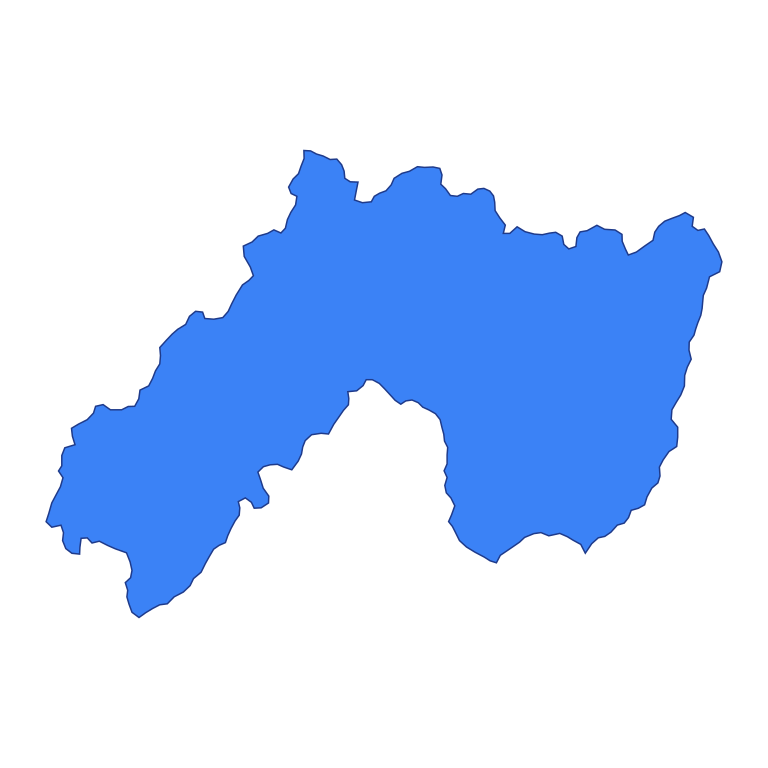 the district of São João Nepomuceno, Minas Gerais, Brazil
{"feature_id": "56859067B98759493930874", "entity_name": "São João Nepomuceno", "entity_type": "district", "adm_level": 2, "iso_a3": "BRA", "parent_name": "Brazil", "parent_adm1": "Minas Gerais", "projection": "albers", "projection_center": [-43.014, -21.587], "detail": "fine", "context": "isolated", "style": "filled", "palette": "blue", "viewbox_px": 768, "rotation_deg": 0, "n_neighbors": 0, "source": "geoboundaries", "source_scale": "gbopen_adm2", "svg_char_len": 3799}
<svg xmlns="http://www.w3.org/2000/svg" viewBox="0 0 768 768"><path d="M684.7,375.4L687.3,367.1L691.2,359.2L689.0,350.2L689.2,342.1L694.0,335.1L695.7,329.0L697.8,322.8L700.8,315.3L702.1,308.5L702.7,301.8L703.3,295.4L706.6,288.1L709.5,276.8L719.7,271.7L721.9,261.8L718.4,252.0L713.2,243.8L708.7,235.5L704.4,229.0L697.9,230.4L692.2,226.3L693.4,217.3L685.2,212.5L679.4,215.6L671.8,218.4L664.7,221.2L658.7,226.3L654.8,232.1L653.0,240.3L645.0,245.8L636.3,252.1L628.3,255.0L625.4,249.0L622.2,241.3L622.0,234.4L615.1,230.0L604.6,229.3L596.9,225.3L587.1,230.7L580.1,231.9L576.9,237.6L575.9,246.5L568.8,248.9L563.8,244.4L562.2,236.1L555.7,232.3L549.6,233.1L542.3,234.7L534.3,234.1L525.1,231.7L517.1,226.8L509.8,233.4L503.3,233.4L505.3,225.1L499.8,217.9L495.1,210.6L494.7,202.2L493.5,195.9L489.8,191.1L483.9,188.4L477.8,189.1L470.8,194.2L463.3,193.5L457.3,196.3L450.4,195.5L445.5,188.7L440.8,184.2L442.0,175.0L439.8,168.4L433.1,167.0L424.5,167.4L417.4,166.7L409.4,171.3L402.0,173.3L394.1,178.3L391.2,184.9L386.0,190.8L379.6,193.2L374.3,196.3L371.3,201.8L362.4,202.7L354.5,200.0L356.1,191.7L358.0,182.1L350.2,181.8L344.8,178.3L344.1,171.1L341.6,164.7L336.8,159.1L330.1,159.5L323.1,156.0L316.4,154.0L310.6,150.9L303.9,150.5L304.1,158.5L301.0,166.4L298.5,173.7L293.1,179.0L288.6,187.1L291.1,193.5L296.9,196.3L295.6,204.9L290.8,212.4L287.4,219.6L285.4,228.2L280.9,233.0L273.9,229.9L267.6,233.4L258.2,236.1L252.1,242.0L243.3,246.1L244.2,256.4L250.3,267.0L253.4,275.7L248.9,280.4L242.5,284.9L236.2,295.0L231.7,303.8L228.2,311.4L222.8,317.6L213.8,319.2L204.8,318.5L202.6,312.1L195.6,311.3L189.5,316.3L185.7,324.4L177.7,329.3L172.2,334.1L166.6,340.0L159.8,347.5L160.5,355.6L159.8,363.9L155.5,370.8L152.6,378.4L148.7,385.9L140.0,390.1L138.8,398.8L134.7,406.3L128.2,406.5L121.6,409.8L110.4,409.8L103.1,404.6L95.6,406.3L93.5,413.1L87.2,419.7L78.5,424.1L71.5,428.3L72.4,436.2L75.0,444.7L64.8,447.8L61.8,455.5L61.8,465.8L58.5,471.0L63.0,477.7L60.4,486.8L55.9,495.2L51.8,502.9L48.8,513.4L46.1,521.7L51.8,527.2L61.0,525.2L63.5,532.7L62.6,540.6L65.8,548.6L71.9,553.3L79.6,554.1L79.9,547.4L81.1,538.3L87.3,537.9L92.0,543.0L99.3,541.2L107.6,545.4L115.3,548.8L126.5,552.8L130.1,561.9L132.0,570.4L130.6,577.7L125.3,582.6L127.7,590.3L126.9,596.9L129.0,604.1L132.0,612.3L139.0,617.5L145.7,612.7L152.6,608.5L159.7,604.8L167.3,603.8L174.2,596.8L183.4,592.0L190.1,585.6L193.5,578.6L201.1,572.2L205.4,563.5L209.2,556.7L213.6,549.2L219.2,545.3L225.4,542.6L227.7,535.8L231.0,528.5L235.1,520.9L239.2,515.2L239.8,507.9L238.3,501.6L245.3,497.9L251.4,502.3L254.2,508.2L261.2,507.8L268.5,503.0L268.8,496.1L263.2,488.2L260.6,479.9L257.9,472.1L263.4,466.7L270.1,464.8L277.5,464.3L283.6,467.0L291.8,469.8L298.2,461.1L301.5,454.0L302.7,447.0L305.2,440.6L311.6,434.7L321.1,433.3L328.5,434.0L333.7,424.4L338.8,417.1L343.5,410.3L348.4,404.8L348.8,398.5L347.8,391.7L356.7,390.8L363.1,385.6L366.2,379.7L372.3,379.7L379.3,383.4L384.7,388.9L390.5,395.2L395.1,400.3L400.8,404.2L405.8,400.9L412.0,400.0L418.3,402.7L422.8,407.2L428.8,409.9L435.5,413.7L440.1,419.6L441.9,427.2L443.8,434.3L444.5,441.1L447.7,447.4L447.1,454.9L447.1,463.9L444.1,470.8L447.1,477.5L444.8,485.4L446.3,492.8L450.9,497.9L454.8,505.8L451.5,515.0L448.6,521.6L452.4,526.4L455.4,532.3L459.5,540.6L466.5,547.0L475.0,552.2L484.1,557.0L490.1,560.8L496.4,562.8L500.3,555.3L505.8,551.6L513.1,546.6L519.5,542.2L524.6,537.4L533.9,533.6L541.0,532.6L548.8,535.8L559.8,533.4L567.4,536.7L573.1,540.2L580.8,544.4L585.3,553.2L591.7,543.7L598.3,537.8L604.8,536.4L610.9,532.2L617.3,525.1L624.2,523.1L628.5,517.6L631.2,510.3L638.3,508.3L644.6,504.8L647.0,496.9L651.8,488.1L657.9,482.9L660.0,476.0L659.4,467.1L663.2,459.8L669.0,451.5L676.7,446.5L677.7,437.2L677.7,427.2L671.2,419.3L671.9,409.8L676.3,402.2L680.8,394.9L684.4,386.0L684.7,375.4Z" fill="#3b82f6" stroke="#1e3a8a" stroke-width="1.5"/></svg>